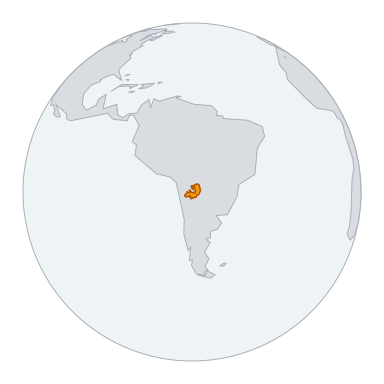 Salta on an orthographic globe, rotated 345°
{"feature_id": "ARG-1303", "entity_name": "Salta", "entity_type": "Province", "adm_level": 1, "iso_a3": "ARG", "parent_name": "Argentina", "parent_adm1": "", "projection": "orthographic", "projection_center": [-65.55, -24.191], "detail": "fine", "context": "on_globe", "style": "filled", "palette": "amber", "viewbox_px": 384, "rotation_deg": 345, "n_neighbors": 0, "source": "natural_earth", "source_scale": "10m", "svg_char_len": 6098}
<svg xmlns="http://www.w3.org/2000/svg" viewBox="0 0 384 384"><g transform="rotate(345 192 192)"><circle cx="192" cy="192" r="169" fill="#eef3f6" stroke="#a8b0b8"/><path d="M160.1,26.1L152.5,27.8L149.6,28.8L150.7,29.0L164.2,27.6L163.2,28.8L165.7,29.9L168.8,28.6L167.9,27.5L174.2,25.9L172.4,25.2L174.7,24.7L174.9,24.1L180.7,23.7L186.2,23.7L186.3,24.3L188.7,24.5L193.4,23.8L198.1,25.4L209.2,27.7L209.8,28.4L202.4,29.4L190.4,29.3L180.8,32.5L193.0,30.1L194.2,32.8L196.9,33.3L200.3,33.3L202.1,32.2L203.8,33.4L192.4,35.6L190.7,34.6L194.3,33.8L188.7,33.9L181.0,36.3L182.3,38.0L169.4,41.4L170.1,42.7L167.7,44.5L167.4,42.0L167.7,46.9L152.8,54.8L152.9,65.8L146.4,58.1L140.1,58.2L132.5,59.9L132.3,61.6L122.4,62.7L112.9,68.9L108.5,79.1L111.2,85.7L122.3,83.2L126.0,78.1L134.4,75.5L127.5,88.7L142.0,87.8L140.1,97.8L144.2,102.4L151.6,100.0L159.3,101.7L165.0,95.3L174.2,91.6L174.1,99.7L179.3,92.0L184.3,95.8L202.6,95.5L201.2,97.3L216.6,107.8L233.4,113.8L237.3,120.7L235.3,124.5L241.2,126.4L241.3,129.1L264.8,137.3L276.9,147.2L276.5,157.1L266.4,166.7L257.3,191.2L239.1,197.1L234.5,207.8L220.4,223.1L209.4,221.0L212.6,229.8L206.5,234.7L199.4,234.8L198.2,241.0L193.0,241.0L196.5,245.3L188.4,253.6L191.1,260.6L185.3,267.6L187.3,271.8L185.0,271.7L182.6,273.3L182.5,275.8L175.1,272.1L172.5,262.7L174.8,257.9L171.7,257.3L176.4,245.2L173.2,247.7L173.2,230.5L177.4,216.5L179.2,179.1L175.4,172.3L162.3,165.1L146.5,142.2L150.5,132.1L147.2,128.1L158.2,114.0L155.4,102.9L151.6,101.7L147.7,106.4L134.8,101.4L130.6,94.1L93.3,91.8L90.0,89.5L90.9,83.8L83.3,72.4L84.3,85.4L80.4,84.3L78.3,80.5L80.7,78.1L80.8,72.0L78.0,71.8L81.7,65.0L95.3,53.5L95.5,53.5L98.7,51.1L110.1,44.2L122.0,38.2L134.4,33.2L147.1,29.1L160.1,26.1ZM151.6,70.0L168.2,74.4L158.4,76.0L160.3,74.7L156.2,72.6L148.4,71.3L139.9,73.9L151.6,70.0ZM159.9,62.5L157.0,62.4L159.9,62.1L159.9,62.5ZM97.5,51.9L97.1,52.2L96.2,52.8L97.5,51.9ZM171.7,24.5L173.3,24.3L172.4,24.5L171.7,24.5ZM170.4,24.5L168.2,24.9L167.3,25.0L168.6,24.7L170.4,24.5ZM170.5,24.4L173.2,24.1L165.8,25.1L164.2,25.4L165.4,25.1L170.5,24.4ZM187.7,280.1L175.8,273.5L182.4,276.4L186.5,272.5L192.9,277.8L187.7,280.1ZM199.9,270.6L204.9,268.8L206.3,270.0L203.1,271.6L199.9,270.6ZM309.1,70.2L313.2,75.1L310.7,73.6L304.9,69.1L294.6,58.6L301.4,63.2L301.2,63.1L309.1,70.2ZM345.3,263.1L343.4,267.1L342.7,267.7L339.3,273.6L335.9,277.5L332.1,279.4L331.1,272.4L335.0,266.5L340.5,252.3L349.8,221.5L354.3,211.4L355.9,201.6L354.7,176.3L355.2,166.2L353.9,160.2L351.7,158.6L349.7,151.5L348.0,149.7L334.2,143.3L327.4,133.0L313.3,107.9L313.9,101.3L309.6,92.0L310.3,73.5L315.5,77.9L319.8,81.4L327.4,90.9L334.3,100.9L340.4,111.3L345.8,122.1L350.4,133.3L354.2,144.8L357.2,156.6L359.3,168.5L360.6,180.6L361.0,192.7L360.5,204.8L359.1,216.8L356.9,228.7L353.9,240.5L350.0,251.9L345.3,263.1ZM315.9,84.5L317.3,86.9L317.3,87.0L315.9,84.5ZM203.2,95.4L205.4,97.0L202.4,97.0L203.2,95.4ZM156.9,79.1L160.5,78.9L162.3,79.9L159.5,80.5L156.9,79.1ZM187.7,77.4L191.9,78.0L187.4,78.7L187.7,77.4ZM170.9,75.0L184.3,77.3L175.6,79.7L167.2,78.6L173.1,77.5L170.9,75.0ZM157.8,66.5L160.0,66.8L159.2,68.1L157.8,66.5ZM162.0,62.3L161.1,62.5L160.1,61.7L162.0,62.3ZM194.9,32.7L195.8,32.5L199.2,32.7L197.5,33.1L194.9,32.7ZM214.8,31.6L217.1,33.5L214.3,32.3L212.3,32.9L204.1,31.5L209.6,28.8L208.6,30.1L214.8,31.6ZM194.6,29.5L199.2,30.3L194.0,29.5L194.6,29.5ZM195.0,23.1L194.0,23.1L190.9,23.0L195.0,23.1ZM189.7,23.1L193.2,23.2L187.8,23.2L191.1,23.4L180.3,23.5L175.7,23.8L181.7,23.4L181.9,23.3L189.7,23.1ZM222.2,25.8L223.8,26.4L216.4,25.2L210.1,24.1L207.8,23.8L222.2,25.8Z" fill="#d9dde1" stroke="#a8b0b8" stroke-width="1"/><path d="M187.2,191.5L187.4,190.7L187.5,190.8L187.8,190.9L187.9,191.0L188.0,191.1L188.1,191.3L188.3,191.4L188.4,191.5L188.5,191.6L188.8,191.8L188.9,192.0L189.0,192.0L189.3,192.2L189.5,192.1L189.7,191.9L189.8,191.8L189.8,191.7L189.8,191.4L189.9,191.1L189.9,190.8L189.9,190.6L189.8,190.3L189.7,190.1L189.7,189.9L189.8,189.6L190.0,189.6L190.3,189.7L190.7,190.0L190.8,190.1L190.8,190.3L190.8,190.5L190.7,190.8L190.7,191.0L190.8,191.0L190.8,191.3L191.0,191.4L191.2,191.5L191.4,191.6L191.4,191.8L191.5,192.0L191.8,192.5L192.0,192.7L192.3,192.8L192.5,192.8L192.8,192.9L193.0,192.8L193.3,193.1L193.6,193.2L193.9,192.9L194.0,192.8L194.5,193.3L194.5,193.2L194.8,192.9L195.0,192.8L195.0,192.7L195.3,192.7L195.6,192.3L195.7,192.2L195.7,190.1L195.3,190.0L195.2,190.0L195.1,190.3L194.9,190.3L194.8,190.1L194.7,190.0L194.6,189.9L194.4,189.8L194.2,189.9L194.1,190.0L193.9,190.0L193.8,189.9L193.7,189.6L193.6,189.4L193.4,189.3L193.4,189.2L193.5,188.7L193.4,188.5L193.0,188.5L193.0,188.4L192.9,188.4L192.8,188.1L192.7,187.7L192.8,187.4L192.7,187.3L192.6,187.1L192.7,186.9L192.8,186.6L192.9,186.3L192.9,186.2L193.0,185.9L193.4,185.8L194.0,186.0L194.3,186.1L194.5,186.1L194.7,186.3L194.7,186.5L194.8,186.7L194.8,186.8L194.9,187.0L195.1,187.2L195.0,187.3L195.1,187.5L195.2,187.8L195.3,187.9L195.2,187.9L195.3,188.0L195.4,187.9L195.4,187.6L195.5,187.2L195.7,186.9L195.8,186.9L196.0,186.3L196.1,186.2L196.2,185.9L196.3,185.8L196.4,185.6L196.5,185.6L196.8,185.6L197.1,185.6L198.9,185.6L199.3,185.6L199.5,185.6L199.5,185.8L199.6,186.0L199.8,186.2L199.9,186.3L200.0,186.4L200.0,186.5L200.4,186.8L200.5,186.9L200.7,187.0L200.6,191.9L200.6,192.7L198.6,195.3L197.7,196.4L196.3,196.3L195.7,196.1L195.0,197.4L195.0,197.5L194.9,197.7L194.8,197.9L194.8,198.0L194.3,198.0L194.2,198.0L193.9,198.0L193.7,198.1L193.4,198.0L192.8,197.8L192.7,197.8L192.7,197.7L192.3,197.7L192.0,197.6L191.9,197.6L191.7,197.6L191.6,197.8L191.6,198.0L191.4,198.2L190.7,198.1L190.5,197.9L190.4,197.9L190.2,197.8L190.1,198.0L189.9,198.4L189.8,198.5L189.7,198.5L189.6,198.4L189.4,198.2L189.3,197.9L189.2,197.8L189.2,197.6L189.0,197.4L188.7,197.0L188.7,196.9L188.6,196.7L188.8,196.5L188.8,196.4L189.0,196.4L189.3,196.4L189.5,196.2L189.5,195.9L189.5,195.7L189.4,195.6L189.4,195.3L189.3,195.2L189.2,195.2L186.0,195.3L184.1,194.9L184.3,194.9L184.5,194.8L184.4,194.7L184.3,194.4L184.2,194.3L184.2,194.2L183.9,193.9L184.0,193.5L184.1,193.4L184.3,193.2L184.5,193.0L184.6,192.9L184.7,192.7L184.8,192.6L185.4,192.4L186.7,191.7L187.0,191.6L187.2,191.5Z" fill="#f59e0b" stroke="#b45309" stroke-width="1.5"/></g></svg>